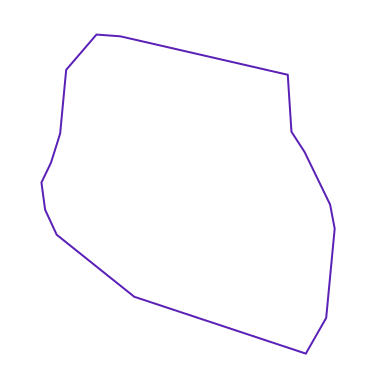 an SVG outline of Grad, rotated 98°
{"feature_id": "SVN-202", "entity_name": "Grad", "entity_type": "Municipality", "adm_level": 1, "iso_a3": "SVN", "parent_name": "Slovenia", "parent_adm1": "", "projection": "robinson", "projection_center": [16.093, 46.798], "detail": "fine", "context": "isolated", "style": "outline", "palette": "violet", "viewbox_px": 384, "rotation_deg": 98, "n_neighbors": 0, "source": "natural_earth", "source_scale": "10m", "svg_char_len": 359}
<svg xmlns="http://www.w3.org/2000/svg" viewBox="0 0 384 384"><g transform="rotate(98 192 192)"><path d="M336.2,56.8L303.8,234.6L253.2,320.0L230.0,335.0L203.6,342.4L182.5,335.7L152.5,330.7L88.5,333.6L49.4,308.5L47.8,284.8L62.6,113.5L118.5,101.9L136.7,86.1L185.2,53.5L208.4,45.6L298.0,41.6L336.2,56.8Z" fill="none" stroke="#5b21b6" stroke-width="2"/></g></svg>